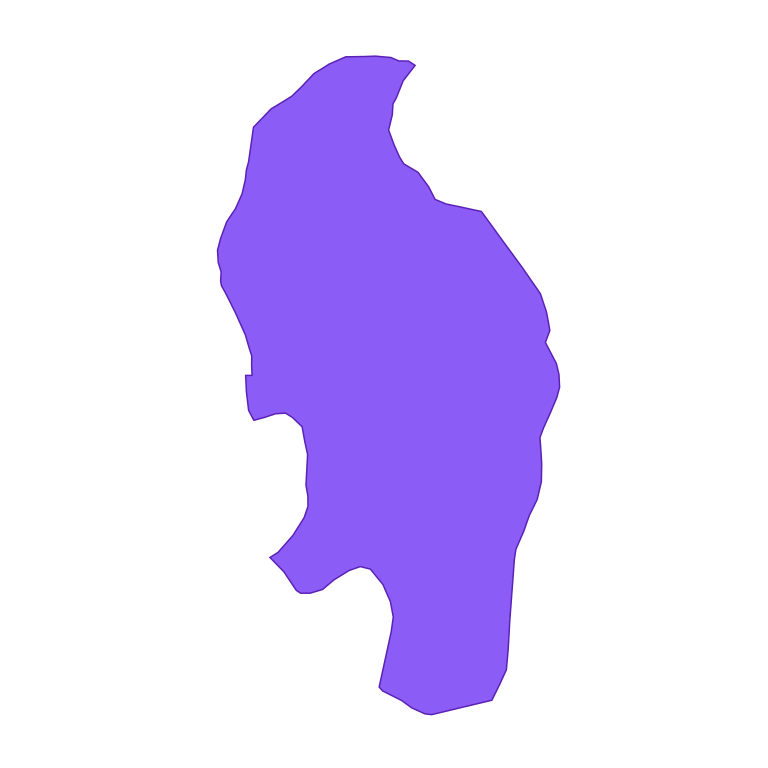 Dreikish, Tartus, Syria (Albers equal-area conic projection), rotated 274°
{"feature_id": "27442178B79430829635583", "entity_name": "Dreikish", "entity_type": "district", "adm_level": 2, "iso_a3": "SYR", "parent_name": "Syria", "parent_adm1": "Tartus", "projection": "albers", "projection_center": [36.147, 34.928], "detail": "fine", "context": "isolated", "style": "filled", "palette": "violet", "viewbox_px": 768, "rotation_deg": 274, "n_neighbors": 0, "source": "geoboundaries", "source_scale": "gbopen_adm2", "svg_char_len": 1807}
<svg xmlns="http://www.w3.org/2000/svg" viewBox="0 0 768 768"><g transform="rotate(274 384 384)"><path d="M382.9,245.4L366.6,247.3L348.2,250.8L338.7,256.7L342.7,268.1L346.7,277.6L348.1,287.8L344.3,294.9L335.6,305.3L322.2,308.7L320.7,309.1L308.3,312.7L291.1,313.0L277.7,313.2L266.9,315.9L256.7,316.7L245.2,313.7L226.6,303.7L208.6,290.0L203.0,282.3L189.6,297.3L172.0,310.9L169.5,315.4L170.2,325.0L174.8,337.1L185.2,347.8L195.6,362.3L200.2,373.1L198.4,383.3L183.9,396.9L167.3,405.6L166.4,405.8L154.1,409.0L152.3,409.5L143.3,408.9L138.1,408.5L137.5,408.5L81.4,400.3L77.6,404.2L69.6,423.5L62.7,434.5L57.8,447.9L57.5,454.6L76.1,513.7L92.8,520.5L107.5,526.0L127.9,526.4L134.6,526.3L156.0,526.0L218.4,526.3L228.3,527.1L247.5,533.9L254.7,535.8L256.1,536.2L262.9,538.1L279.6,544.9L297.5,547.8L315.3,546.9L331.9,544.7L341.4,543.3L351.6,546.3L366.4,551.8L382.4,557.3L392.9,559.4L405.7,557.9L416.5,554.5L436.7,542.1L448.9,545.7L457.1,543.7L467.3,541.0L485.0,533.7L510.2,513.5L534.1,493.3L562.9,469.1L568.0,433.0L571.7,422.1L583.7,414.9L597.5,403.2L605.0,388.4L605.8,387.8L611.3,383.8L623.2,377.4L637.7,370.9L653.2,373.5L664.0,373.4L670.4,376.4L687.7,381.9L704.0,392.8L704.2,392.5L707.9,385.8L707.3,376.3L710.2,368.0L710.4,355.3L710.5,352.8L710.4,352.0L710.1,348.9L709.4,342.6L707.7,323.0L699.4,307.1L697.6,304.7L688.8,292.5L674.3,280.6L664.6,271.9L656.5,260.6L650.6,252.2L642.4,245.4L631.1,235.9L596.2,233.4L588.1,231.8L577.7,231.4L574.9,230.9L563.9,229.2L548.5,223.6L543.0,220.4L534.7,215.7L526.3,213.3L523.9,212.6L517.6,210.8L505.7,208.6L493.5,210.2L484.5,213.7L479.8,213.8L475.6,213.8L470.9,214.9L464.3,219.2L454.8,224.9L450.3,227.5L446.1,230.0L444.6,230.9L442.7,231.9L429.8,238.8L423.5,242.2L408.9,247.6L402.8,250.1L392.9,250.7L383.4,251.8L382.9,245.4Z" fill="#8b5cf6" stroke="#5b21b6" stroke-width="1.5"/></g></svg>